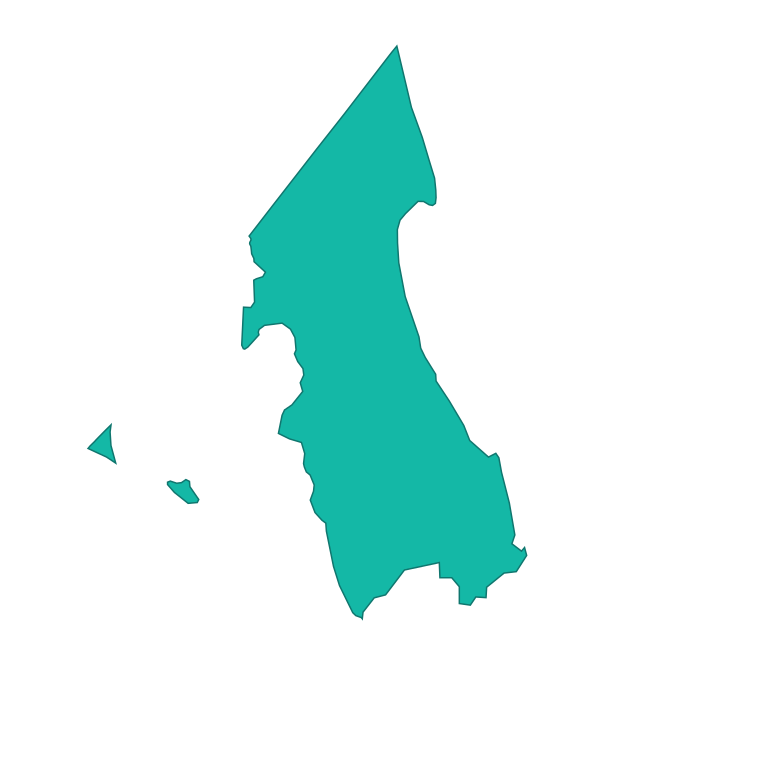 outline of Accomack, Virginia, United States of America, rotated 314°
{"feature_id": "52423323B3829311906310", "entity_name": "Accomack", "entity_type": "district", "adm_level": 2, "iso_a3": "USA", "parent_name": "United States of America", "parent_adm1": "Virginia", "projection": "natural_earth1", "projection_center": [-75.727, 37.738], "detail": "fine", "context": "isolated", "style": "filled", "palette": "teal", "viewbox_px": 768, "rotation_deg": 314, "n_neighbors": 0, "source": "geoboundaries", "source_scale": "gbopen_adm2", "svg_char_len": 1937}
<svg xmlns="http://www.w3.org/2000/svg" viewBox="0 0 768 768"><g transform="rotate(314 384 384)"><path d="M368.2,218.2L353.0,234.0L346.5,235.1L341.7,229.6L313.1,254.7L311.7,258.3L312.4,259.6L316.0,260.4L332.5,259.9L333.9,257.6L336.4,256.2L343.2,257.3L357.0,268.4L358.5,278.6L355.6,287.6L347.4,297.1L343.5,298.6L340.2,306.4L338.8,315.0L334.7,320.1L326.7,322.9L322.2,330.7L305.0,332.3L296.2,330.5L290.7,332.4L275.1,342.4L278.9,354.2L284.6,365.2L278.9,375.3L270.9,381.4L269.0,384.3L266.8,389.2L267.2,394.1L262.9,403.9L257.9,407.8L249.3,411.6L243.6,423.7L242.9,434.0L243.5,438.8L238.1,444.8L217.7,474.4L208.1,492.0L197.8,520.4L197.8,524.6L200.2,529.9L200.0,531.5L205.3,527.4L223.4,525.5L233.4,531.6L264.4,527.9L294.0,547.8L283.5,558.8L291.7,567.3L290.5,579.0L278.4,590.7L284.9,599.7L294.6,598.0L301.2,605.8L309.1,599.0L331.4,601.7L340.9,609.5L359.8,605.7L364.0,598.7L359.3,599.0L357.9,587.0L366.3,583.0L385.4,556.9L402.1,529.9L410.7,517.9L411.8,512.6L404.0,509.9L403.7,503.1L402.9,484.9L409.6,470.2L417.1,442.8L422.3,419.4L426.9,414.4L431.7,395.3L435.3,385.5L442.2,376.4L461.6,338.5L481.4,310.5L494.8,295.8L504.4,286.3L513.0,281.7L521.5,281.1L539.0,281.6L542.8,285.7L544.3,292.0L546.2,294.9L549.6,295.5L554.2,292.0L559.5,286.5L567.2,277.4L575.9,261.7L588.0,240.2L602.0,211.6L636.0,158.5L628.5,159.1L624.6,159.5L610.4,161.1L552.9,167.6L551.2,167.8L506.8,172.3L435.0,180.0L396.7,184.2L396.2,187.0L395.2,188.3L392.6,189.1L391.5,190.0L390.6,192.5L388.5,195.1L388.0,195.7L385.7,198.4L383.9,203.2L381.7,205.6L382.1,221.0L377.0,222.3L371.0,219.1L368.2,218.2ZM132.0,215.9L138.7,235.1L140.7,246.0L150.1,230.3L159.2,220.3L165.0,216.0L157.5,215.8L148.0,215.7L147.5,215.7L147.2,215.7L142.7,215.7L142.3,215.8L135.2,215.6L132.0,215.9ZM161.3,298.2L160.4,308.6L162.1,326.0L169.0,332.0L172.2,331.0L175.3,315.7L178.8,311.7L177.6,307.9L172.3,306.8L168.6,303.8L165.7,297.7L163.0,296.5L161.3,298.2Z" fill="#14b8a6" stroke="#0f766e" stroke-width="1.5"/></g></svg>